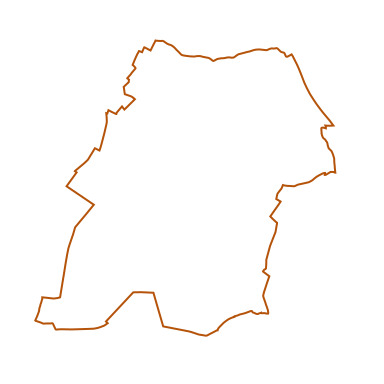 outline of Duiven, Gelderland, Netherlands, rotated 187°
{"feature_id": "6326949B87096671163860", "entity_name": "Duiven", "entity_type": "district", "adm_level": 2, "iso_a3": "NLD", "parent_name": "Netherlands", "parent_adm1": "Gelderland", "projection": "mercator", "projection_center": [6.013, 51.947], "detail": "fine", "context": "isolated", "style": "outline", "palette": "amber", "viewbox_px": 384, "rotation_deg": 187, "n_neighbors": 0, "source": "geoboundaries", "source_scale": "gbopen_adm2", "svg_char_len": 5778}
<svg xmlns="http://www.w3.org/2000/svg" viewBox="0 0 384 384"><g transform="rotate(187 192 192)"><path d="M109.9,340.7L113.4,338.2L114.2,337.8L114.6,337.8L114.9,337.9L115.2,338.0L115.6,338.5L116.8,340.5L117.1,341.0L117.4,341.3L117.9,341.5L119.5,341.7L120.0,341.8L120.5,341.9L121.3,342.3L124.0,344.4L124.9,344.9L125.4,345.1L126.0,345.0L127.1,344.6L128.1,344.4L128.7,344.3L130.1,344.3L130.9,344.1L132.1,343.6L134.7,342.1L135.6,341.8L138.2,341.8L142.2,341.7L143.8,341.5L145.2,341.2L145.9,341.1L148.2,340.3L152.2,338.4L153.8,337.9L162.5,334.4L163.3,333.9L164.2,333.1L164.9,332.5L166.3,331.1L166.9,330.7L167.3,330.5L168.1,330.3L169.2,330.1L171.0,330.2L171.9,330.1L172.6,330.0L173.4,329.8L174.9,329.3L176.3,328.8L179.6,328.2L180.5,327.9L182.3,327.4L182.8,327.2L183.7,326.7L184.5,326.1L185.0,325.7L185.8,325.2L186.4,324.8L186.9,324.7L187.1,324.7L187.4,324.8L189.4,326.0L190.7,326.7L191.5,327.0L192.0,327.1L197.7,327.5L200.1,327.9L201.4,327.8L202.2,327.7L203.5,327.5L206.4,326.7L208.9,326.5L210.9,326.4L214.7,326.4L217.3,326.5L218.4,326.7L219.1,326.9L219.5,327.1L222.3,329.4L224.7,331.2L226.3,332.6L226.9,333.1L228.9,334.4L230.2,335.0L230.7,335.2L231.4,335.4L232.9,335.6L234.2,336.0L235.2,336.4L238.0,337.9L239.2,338.4L239.5,338.4L239.9,338.4L241.1,338.1L242.5,338.0L245.8,337.8L246.7,337.9L247.3,335.9L247.7,334.9L247.9,334.6L247.9,334.4L248.1,333.9L250.4,327.4L253.3,328.5L256.5,329.7L256.9,329.8L257.0,329.8L257.1,329.7L258.6,324.7L261.5,325.4L261.8,325.4L262.6,323.2L263.0,322.5L263.1,322.1L264.1,319.1L265.1,315.7L266.4,310.9L265.0,309.9L264.3,309.4L263.1,308.0L263.1,307.9L263.7,306.9L265.9,303.6L266.4,302.8L267.1,301.5L267.4,300.9L268.0,300.1L268.3,299.7L270.1,297.1L270.1,296.9L269.8,296.8L268.2,295.8L268.2,295.7L268.3,295.0L268.2,293.5L268.2,293.3L271.3,289.6L272.5,288.0L272.6,287.9L272.3,287.1L271.1,282.7L270.7,281.3L270.6,280.9L265.4,279.8L264.1,279.5L263.4,279.2L261.4,278.2L261.4,277.9L261.0,277.7L260.0,277.1L269.1,265.6L271.2,267.6L271.6,268.1L271.9,268.4L274.9,263.9L276.4,261.6L276.6,260.2L276.9,260.2L277.3,260.3L281.2,261.6L284.9,263.0L285.6,259.6L286.7,259.8L285.8,255.7L285.2,252.0L285.1,250.3L285.2,248.9L285.4,246.9L286.2,239.4L287.7,228.4L288.3,224.5L288.9,221.9L293.7,223.6L294.3,222.3L296.6,217.1L296.8,216.8L298.2,213.6L298.3,213.3L298.8,212.3L299.3,211.3L300.7,209.5L302.4,207.5L303.6,206.2L306.6,203.0L310.7,198.6L310.8,198.4L308.9,197.4L317.2,182.4L287.9,167.4L290.5,163.3L295.3,155.7L298.3,151.1L303.7,142.7L304.9,135.2L305.4,133.0L307.0,125.4L307.1,125.0L307.8,121.0L308.3,114.7L308.7,106.9L308.8,104.2L309.1,95.8L309.4,88.7L310.1,71.4L310.4,71.2L312.8,70.3L316.3,69.4L324.4,69.3L327.8,69.2L327.6,68.1L327.6,67.8L328.3,63.3L328.7,61.9L328.8,60.2L329.2,58.6L329.3,57.5L329.3,55.6L329.4,54.7L330.1,51.7L330.9,48.6L331.6,46.5L331.9,45.4L331.3,45.0L330.9,45.0L325.8,43.9L325.2,43.7L324.1,43.3L323.9,43.3L323.2,43.3L322.5,43.4L320.8,43.7L317.0,44.2L315.8,44.4L314.9,44.7L314.3,44.6L313.7,43.9L310.9,39.4L310.5,39.0L309.9,38.9L309.5,39.0L307.7,39.4L304.7,39.9L295.0,40.9L285.1,42.4L276.2,43.8L273.2,44.3L272.0,44.6L269.3,45.5L266.1,46.9L265.7,47.2L263.5,48.3L262.6,48.9L262.0,49.4L259.7,51.5L261.6,53.0L256.7,59.7L238.1,85.2L237.5,85.4L229.7,86.4L218.0,87.3L210.7,70.2L204.2,55.1L194.2,54.4L178.4,53.3L177.6,53.2L175.4,52.9L168.1,51.4L166.5,51.3L161.1,51.1L160.6,51.1L160.1,51.2L159.0,51.8L157.2,53.1L156.9,53.3L153.9,55.3L150.6,57.6L150.1,58.0L149.7,57.9L149.5,59.2L149.2,60.0L148.0,61.7L144.6,66.1L143.4,67.3L141.7,68.9L140.7,69.8L138.8,71.1L137.8,71.7L136.0,72.7L135.8,72.9L135.7,73.0L135.2,73.3L135.1,73.0L134.7,73.2L134.8,73.4L134.7,73.8L131.8,75.0L129.5,76.3L126.3,77.5L125.1,78.0L124.2,78.4L122.8,79.1L119.6,80.8L118.3,81.2L118.2,81.2L117.4,80.3L117.1,79.9L115.6,79.6L113.8,79.0L113.1,78.9L112.1,78.9L111.7,79.0L111.2,79.3L110.7,79.6L110.4,79.8L109.6,80.1L108.9,80.4L108.6,80.6L108.5,80.3L108.1,80.2L107.0,80.3L106.1,80.5L105.6,80.6L104.6,80.6L103.5,80.4L102.5,80.5L101.8,80.5L101.6,80.6L101.6,81.3L102.2,83.8L103.8,87.2L105.0,89.5L105.3,90.3L106.9,93.6L108.1,95.9L108.5,97.0L108.7,97.8L108.7,98.3L108.3,101.6L107.8,104.0L106.6,110.3L105.0,117.8L111.8,121.7L111.7,122.2L111.5,122.6L111.2,123.2L110.7,123.8L109.6,124.6L109.4,124.9L109.3,125.2L109.3,125.6L109.4,127.4L109.5,129.3L109.7,131.4L110.0,133.6L108.3,145.5L108.0,147.4L107.9,148.1L107.2,150.9L105.4,157.9L104.3,162.1L104.2,163.0L103.9,169.3L103.9,169.7L103.8,169.9L103.8,171.5L103.9,171.9L104.5,172.2L105.8,173.1L108.7,175.2L110.6,176.7L111.3,177.3L107.8,183.9L105.1,188.9L104.1,190.8L102.9,193.3L107.5,195.3L107.1,199.8L107.0,200.3L106.9,200.8L106.6,201.3L106.3,201.9L103.6,206.4L103.5,206.6L102.6,210.0L101.4,209.8L99.4,209.7L98.2,209.7L95.8,209.9L91.6,210.1L90.7,210.4L87.6,212.3L84.6,213.3L78.2,215.6L77.4,215.9L76.9,216.2L76.3,216.6L74.6,217.8L73.9,218.4L72.0,220.5L69.9,222.6L69.4,222.9L67.7,224.2L64.6,226.3L63.0,227.0L62.3,227.1L62.3,226.6L62.3,225.1L62.2,225.1L61.5,225.3L61.1,225.5L58.7,227.4L56.9,228.8L55.3,229.0L54.2,229.1L53.4,229.0L52.9,228.7L52.1,228.7L52.3,229.5L53.1,232.9L53.4,234.4L53.5,235.1L54.1,237.6L54.4,238.9L54.9,242.2L55.0,242.7L56.0,245.0L56.7,246.5L57.7,248.3L58.0,248.8L58.3,249.3L59.0,250.0L59.5,250.4L60.7,251.3L61.1,251.6L61.4,251.8L61.7,252.1L61.9,252.6L62.3,253.4L62.4,253.6L62.8,254.5L63.2,255.5L63.3,256.1L63.6,256.9L64.1,257.9L64.4,258.2L65.2,259.0L66.1,260.2L68.1,261.4L68.7,262.1L69.2,262.8L69.4,263.3L69.9,264.1L70.3,265.4L70.6,265.9L70.6,266.9L70.9,268.0L71.4,270.9L71.4,271.1L71.1,271.5L70.9,271.6L70.4,271.8L69.2,271.9L66.9,271.5L67.0,272.5L67.1,273.2L67.7,274.2L65.4,274.3L65.0,274.4L63.0,274.6L59.8,275.2L64.1,279.7L71.6,286.7L74.3,289.4L77.1,292.3L79.6,295.0L82.8,298.7L87.1,303.9L90.7,309.2L93.6,313.8L95.7,317.7L98.0,322.0L100.3,326.2L102.9,330.6L105.6,334.7L108.5,339.0L109.9,340.7Z" fill="none" stroke="#b45309" stroke-width="2"/></g></svg>